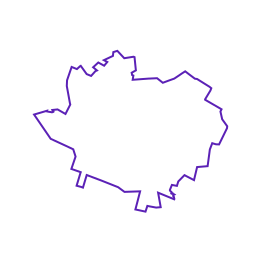 Villa Hidalgo, Sonora, Mexico (Equal Earth projection), rotated 291°
{"feature_id": "50627088B23816586948546", "entity_name": "Villa Hidalgo", "entity_type": "district", "adm_level": 2, "iso_a3": "MEX", "parent_name": "Mexico", "parent_adm1": "Sonora", "projection": "equal_earth", "projection_center": [-109.382, 30.253], "detail": "fine", "context": "isolated", "style": "outline", "palette": "violet", "viewbox_px": 256, "rotation_deg": 291, "n_neighbors": 0, "source": "geoboundaries", "source_scale": "gbopen_adm2", "svg_char_len": 2095}
<svg xmlns="http://www.w3.org/2000/svg" viewBox="0 0 256 256"><g transform="rotate(291 128 128)"><path d="M179.0,208.6L182.0,189.9L182.4,189.7L184.1,190.0L192.5,191.5L193.3,191.5L195.0,191.5L195.7,189.3L196.8,183.6L198.5,174.9L198.0,172.8L200.0,165.8L201.4,161.1L198.0,158.6L195.5,156.9L190.7,153.5L187.1,149.3L182.7,144.3L184.9,137.3L181.3,129.1L174.7,115.1L178.9,114.2L178.9,112.9L180.9,111.6L183.9,114.1L184.6,114.7L196.5,108.7L196.5,107.6L191.8,99.5L196.2,90.4L193.6,87.1L189.9,88.1L182.7,81.2L182.2,85.0L177.6,83.4L178.5,76.8L172.2,73.7L170.6,78.4L169.4,77.2L163.4,74.9L163.5,70.1L169.1,61.6L168.5,61.1L164.7,59.2L164.8,53.5L150.7,54.0L145.3,55.8L130.5,64.8L129.2,65.7L118.7,64.6L120.1,55.6L117.7,50.9L117.4,51.2L117.3,51.5L117.1,51.7L117.1,51.9L117.0,52.1L117.0,52.3L116.9,52.4L116.7,52.6L116.4,52.6L116.2,52.4L116.0,52.1L115.8,51.9L115.6,51.6L115.4,51.4L115.2,50.2L115.0,49.4L114.8,48.5L114.4,46.1L115.0,46.1L106.9,35.5L90.2,59.7L89.1,76.3L88.5,84.5L82.5,89.3L69.5,89.8L69.8,99.7L69.2,99.7L55.7,100.7L56.2,105.4L56.2,107.3L57.6,107.2L69.3,106.3L69.4,121.2L69.4,122.6L69.2,140.0L67.1,147.6L73.2,162.0L62.9,163.2L54.6,164.1L56.2,174.3L62.2,174.0L62.6,176.4L63.8,182.8L65.8,186.9L78.4,179.3L78.0,196.7L78.4,196.7L78.5,196.6L78.5,196.4L78.7,196.2L78.9,196.1L79.2,196.1L79.4,196.0L79.4,195.9L79.5,195.7L79.8,195.6L80.0,195.6L80.1,195.3L80.2,195.2L80.4,195.1L80.5,194.8L80.6,194.6L80.8,194.5L81.0,194.4L81.3,194.4L81.6,194.5L81.9,194.6L82.0,194.7L82.2,194.8L82.3,194.9L82.4,195.0L82.5,195.1L82.6,194.7L82.5,194.2L82.5,193.9L82.6,193.7L82.8,193.5L82.7,193.4L82.5,193.1L82.4,192.7L82.4,192.3L82.3,192.1L82.5,191.8L82.8,191.9L83.1,191.9L83.3,192.1L83.4,191.9L83.5,191.8L83.7,191.7L83.9,191.4L83.9,191.2L84.0,191.0L84.1,190.8L84.1,190.5L84.2,190.4L84.4,190.1L84.5,189.8L84.6,189.7L84.8,189.5L84.9,189.4L85.2,189.3L90.6,189.4L91.5,194.4L96.1,194.1L104.2,197.6L103.0,208.3L116.3,206.5L120.9,216.0L130.6,213.7L137.3,212.1L140.5,212.1L144.0,212.1L144.0,212.4L144.3,215.9L145.3,218.9L163.3,220.5L165.2,220.0L169.9,212.8L176.5,208.4L179.0,208.6Z" fill="none" stroke="#5b21b6" stroke-width="2"/></g></svg>